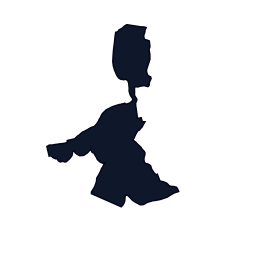 Grande Riviere, Gros Islet, Saint Lucia (Natural Earth projection), rotated 50°
{"feature_id": "8701671B51271106476031", "entity_name": "Grande Riviere", "entity_type": "district", "adm_level": 2, "iso_a3": "LCA", "parent_name": "Saint Lucia", "parent_adm1": "Gros Islet", "projection": "natural_earth1", "projection_center": [-60.952, 14.036], "detail": "fine", "context": "isolated", "style": "filled", "palette": "ink", "viewbox_px": 256, "rotation_deg": 50, "n_neighbors": 0, "source": "geoboundaries", "source_scale": "gbopen_adm2", "svg_char_len": 5944}
<svg xmlns="http://www.w3.org/2000/svg" viewBox="0 0 256 256"><g transform="rotate(50 128 128)"><path d="M46.8,75.9L49.7,79.2L53.7,83.3L58.7,88.7L63.1,93.0L67.3,96.9L71.0,99.3L75.1,101.1L80.1,102.6L83.5,103.0L85.8,102.3L88.0,100.5L89.4,98.3L91.6,97.7L93.9,98.5L98.0,101.3L100.7,103.6L104.0,105.0L106.2,105.4L107.7,105.4L109.6,106.2L110.1,108.4L109.9,110.9L108.7,113.9L106.9,114.6L106.8,115.0L106.6,115.6L106.3,116.1L106.0,116.7L105.3,118.0L105.2,118.4L104.9,119.0L104.6,119.3L104.3,119.9L103.6,121.5L103.4,122.0L103.2,122.5L102.9,123.2L102.2,125.0L102.0,125.4L101.8,126.0L101.6,126.7L101.4,127.3L101.1,128.6L101.0,129.3L100.7,130.3L100.6,130.8L100.3,132.1L100.2,132.6L100.1,133.0L100.2,134.0L100.2,134.6L100.2,135.1L100.3,135.6L100.4,137.0L100.4,137.5L100.5,138.1L100.7,138.9L100.9,139.4L101.3,140.5L101.5,141.0L101.9,141.6L102.3,142.5L102.5,143.3L102.7,143.9L102.9,144.5L103.1,145.0L103.4,145.5L103.7,146.1L103.9,146.6L104.3,147.9L104.5,148.4L104.6,149.0L104.7,149.5L104.9,150.3L104.9,150.8L105.0,151.4L105.0,151.9L105.1,152.6L105.0,153.2L104.8,153.7L104.0,155.6L103.9,156.3L103.8,156.7L103.6,157.4L103.4,158.5L103.4,159.1L103.3,159.8L103.2,160.3L103.1,160.9L102.9,161.4L102.8,162.1L102.5,163.4L102.4,163.9L102.0,165.2L101.9,165.6L101.9,165.9L101.9,166.4L101.9,167.8L102.0,169.2L102.0,170.0L101.8,171.1L101.8,171.7L101.7,172.0L102.0,175.6L101.8,176.2L101.6,176.7L101.1,177.5L100.8,178.4L100.4,178.9L100.1,179.7L99.9,180.0L99.6,180.5L99.3,181.0L98.9,181.7L98.6,182.6L99.1,182.9L99.3,183.2L99.7,183.5L99.9,183.8L99.6,184.8L99.6,185.1L99.4,185.5L98.8,186.5L97.9,188.1L97.2,189.1L96.5,190.1L95.7,191.4L95.3,192.1L94.7,193.1L94.4,193.5L94.1,194.0L93.5,194.9L93.1,195.6L92.9,196.1L92.6,196.6L92.4,196.9L92.2,197.1L91.5,198.0L91.0,198.7L90.6,199.1L90.4,199.5L90.4,199.9L90.4,200.3L90.0,202.0L98.9,206.5L99.0,206.1L99.2,205.8L99.5,205.3L99.8,205.1L100.2,204.9L100.9,204.7L101.4,204.6L102.4,204.5L102.9,204.3L103.8,204.0L105.0,203.2L105.3,203.0L105.6,202.7L105.8,202.3L106.1,201.8L107.3,202.3L107.9,202.4L108.5,202.4L108.9,202.3L109.6,202.0L110.0,201.9L110.5,201.7L111.3,199.8L112.1,199.0L113.3,198.4L114.1,197.0L114.1,195.3L114.0,192.5L113.6,190.5L113.0,188.4L110.9,186.0L110.4,184.4L111.6,184.0L112.8,184.4L115.0,184.0L118.2,182.8L120.5,179.5L121.0,175.0L120.2,170.2L121.0,170.6L122.1,170.8L123.1,170.9L123.7,171.1L124.1,170.9L124.8,170.5L125.4,170.2L125.7,170.2L126.2,170.4L126.8,170.6L127.3,170.7L127.7,170.7L128.4,170.8L129.1,170.9L129.4,170.9L130.1,171.0L130.4,171.2L131.1,171.3L131.6,171.5L132.1,171.6L132.6,171.7L134.7,171.5L135.9,171.3L136.6,171.1L139.2,169.7L139.9,168.3L140.2,169.0L140.5,169.7L140.6,170.0L140.8,170.7L141.1,171.3L141.3,171.8L141.6,172.5L141.8,173.2L142.0,173.9L142.1,174.3L142.5,175.0L142.9,175.8L143.2,176.3L143.5,176.9L144.1,178.2L144.4,179.1L144.8,179.9L145.0,180.3L145.5,181.8L145.9,183.0L146.2,183.9L146.6,184.4L147.0,184.9L147.4,185.2L147.7,185.5L148.7,186.5L149.9,188.4L150.9,190.1L151.1,190.5L151.5,191.1L151.6,191.5L151.9,192.2L152.5,193.8L152.7,194.6L152.8,195.1L153.2,196.2L153.4,196.9L153.7,197.3L154.1,197.6L154.5,197.9L154.8,198.2L184.0,183.8L183.9,183.4L183.8,182.4L183.7,181.7L183.6,181.3L183.4,180.7L183.2,180.1L183.0,179.5L182.4,178.5L182.2,178.1L181.9,177.7L181.5,177.1L178.9,174.6L178.6,174.3L178.5,174.1L178.2,173.7L178.1,173.3L177.9,172.8L179.8,171.4L182.5,171.2L186.2,171.0L189.0,170.2L194.8,167.9L196.6,165.3L197.3,161.2L199.5,156.0L201.5,152.9L203.7,148.8L205.0,145.4L206.2,142.3L206.7,138.1L207.4,134.4L208.6,131.4L209.2,130.0L206.6,129.2L204.6,128.9L204.3,129.2L203.3,129.8L202.3,130.5L201.0,131.9L200.1,132.8L199.0,133.5L197.9,133.6L196.5,133.7L195.8,133.7L195.2,133.9L194.6,134.1L193.7,134.5L192.2,135.3L191.2,136.0L190.8,136.3L190.3,136.7L190.1,137.0L189.5,137.4L189.3,137.6L182.3,135.3L182.3,135.5L182.0,136.1L181.6,136.6L181.1,136.6L180.7,136.8L180.2,136.7L179.7,136.8L179.0,136.8L178.0,136.7L177.5,136.6L176.3,136.5L175.9,136.5L175.4,136.5L174.2,136.1L173.7,135.8L173.4,135.8L172.6,135.4L172.2,135.3L171.7,135.0L170.5,135.1L169.5,135.4L168.6,135.8L168.0,136.1L167.6,136.3L167.2,136.7L166.6,137.2L166.2,137.4L164.8,137.4L164.6,137.3L164.0,137.0L163.4,136.7L163.0,136.5L162.0,135.8L161.7,135.4L161.3,135.1L161.0,134.7L160.5,134.1L159.9,133.2L159.6,132.7L159.2,132.2L158.9,131.8L158.4,131.5L157.9,131.0L157.5,130.8L156.9,130.8L156.5,130.6L155.8,130.6L155.3,130.7L154.3,130.7L153.7,130.8L153.2,130.8L152.6,130.7L152.2,130.6L151.5,130.6L151.1,130.5L150.6,130.5L150.0,130.6L148.9,130.8L148.3,130.8L147.4,131.0L143.9,131.2L141.5,131.7L140.8,132.0L140.7,131.8L140.2,131.3L139.6,129.9L139.4,129.4L139.2,129.0L138.9,128.4L138.6,127.9L137.8,126.2L137.6,125.5L137.2,124.7L136.9,123.7L136.8,123.3L136.6,122.8L136.4,122.3L136.6,121.5L136.8,120.9L136.9,120.3L136.8,119.9L136.6,119.1L136.4,118.1L136.4,117.0L134.1,111.0L132.3,113.0L128.6,111.3L127.6,113.3L126.5,114.3L125.6,113.8L115.6,107.6L114.8,106.9L114.3,106.6L114.0,106.3L113.8,106.1L112.5,103.8L112.3,103.4L112.0,103.1L111.7,102.8L111.4,102.7L110.8,102.6L109.6,102.4L107.9,102.2L107.5,102.2L107.4,102.1L107.0,101.9L106.5,101.5L106.1,101.1L105.4,100.5L100.7,96.6L103.2,93.5L103.5,92.5L103.6,92.1L104.6,90.6L104.8,90.1L105.1,89.6L105.5,89.1L105.8,88.4L106.1,88.2L107.1,87.6L107.7,87.2L108.0,86.9L108.5,86.6L108.8,86.3L109.2,85.9L108.8,84.2L107.0,82.6L106.3,81.3L105.5,79.6L104.8,78.4L103.3,77.8L101.5,78.6L101.2,78.9L100.1,78.9L98.8,78.5L98.1,78.2L97.2,77.7L96.8,77.5L96.1,77.2L95.7,77.0L95.4,76.5L95.2,76.1L94.8,75.6L89.4,67.0L85.3,63.7L81.2,61.3L79.9,59.0L75.0,55.7L73.3,56.7L70.5,58.4L69.8,58.2L69.4,57.9L69.0,57.6L67.8,57.0L67.5,56.7L67.1,56.3L66.8,55.7L66.4,55.3L66.2,54.7L65.8,54.3L65.5,53.7L64.9,52.9L63.9,52.0L62.8,49.5L62.7,49.5L61.9,50.0L59.9,51.8L60.1,52.0L48.1,62.5L48.0,62.9L47.9,63.4L47.9,63.9L47.8,64.4L47.7,65.0L47.7,65.7L47.7,66.5L47.8,67.1L47.8,68.3L47.5,70.0L47.4,70.4L47.1,71.6L47.2,72.2L47.4,72.8L47.5,73.3L47.5,73.8L47.5,74.2L47.4,74.5L47.3,75.0L47.2,75.4L46.8,75.9Z" fill="#0f172a" stroke="#020617" stroke-width="1.5"/></g></svg>